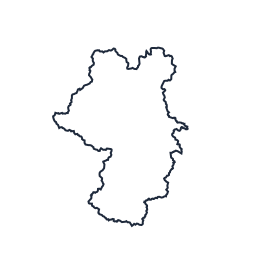 Dinh Lap, Lạng Sơn, Vietnam (Mercator projection), rotated 134°
{"feature_id": "81297802B72919536287172", "entity_name": "Dinh Lap", "entity_type": "district", "adm_level": 2, "iso_a3": "VNM", "parent_name": "Vietnam", "parent_adm1": "Lạng Sơn", "projection": "mercator", "projection_center": [107.136, 21.534], "detail": "fine", "context": "isolated", "style": "outline", "palette": "slate", "viewbox_px": 256, "rotation_deg": 134, "n_neighbors": 0, "source": "geoboundaries", "source_scale": "gbopen_adm2", "svg_char_len": 5800}
<svg xmlns="http://www.w3.org/2000/svg" viewBox="0 0 256 256"><g transform="rotate(134 128 128)"><path d="M171.6,190.0L172.4,189.0L173.5,187.0L174.1,185.1L173.7,184.0L173.9,183.4L174.6,182.6L174.4,180.4L175.8,177.5L174.8,177.3L173.4,176.2L173.3,175.8L173.5,175.0L173.0,174.4L172.8,172.8L173.1,171.5L172.7,170.7L171.7,169.2L170.1,168.9L169.8,168.2L169.9,166.7L169.3,166.7L168.8,165.6L167.8,164.9L169.0,163.1L169.1,161.5L167.4,160.3L167.8,159.0L167.3,158.2L167.6,157.2L166.6,155.7L166.7,155.0L167.4,153.7L167.9,153.3L167.8,152.0L167.1,150.6L168.9,148.9L169.4,147.1L167.7,144.4L166.7,143.4L166.0,142.0L166.0,140.3L165.8,139.6L166.7,138.2L165.8,136.1L165.0,135.0L165.1,133.4L164.1,132.4L162.8,133.1L161.3,133.3L160.9,130.7L159.7,129.6L159.2,128.7L158.0,128.7L157.7,129.0L157.4,128.9L155.0,125.6L154.9,124.9L155.9,123.9L158.0,123.1L158.9,121.3L160.8,120.6L162.3,121.4L163.4,121.2L164.8,120.2L165.7,121.1L166.6,121.2L169.4,122.5L169.6,122.3L170.5,119.7L173.5,117.3L176.0,116.9L178.6,117.5L180.0,117.2L181.0,116.4L182.2,115.0L182.1,111.8L183.1,110.9L184.2,110.5L184.4,109.2L185.2,107.5L185.3,106.6L187.0,105.9L188.4,105.8L191.2,104.9L191.6,106.5L192.6,107.3L193.8,106.3L194.7,105.9L195.5,105.9L196.5,106.5L197.4,106.6L197.7,107.8L198.3,108.3L199.4,107.9L201.1,108.1L201.9,108.0L201.7,107.3L202.7,107.0L203.0,106.4L204.2,105.5L208.3,105.4L209.3,103.9L209.2,103.3L207.5,101.4L208.3,100.7L208.9,99.5L208.3,98.3L208.7,97.6L208.4,95.9L208.1,95.5L207.1,95.0L206.6,92.3L209.3,90.7L209.7,90.1L209.5,89.7L209.9,88.8L208.7,86.3L208.9,84.9L208.3,83.7L208.4,81.8L208.1,81.2L208.6,80.0L208.4,79.5L207.4,78.9L207.8,77.7L206.7,77.5L205.8,76.6L204.0,75.8L203.5,74.9L204.8,73.8L204.6,72.8L203.2,71.7L203.1,70.9L202.4,70.8L201.7,71.2L201.1,71.1L200.3,69.6L199.9,67.0L197.1,64.7L196.2,64.5L196.1,62.8L195.3,62.1L194.7,61.0L195.7,57.2L194.4,57.0L192.7,57.0L192.4,55.5L190.7,55.3L190.0,54.3L189.7,52.6L188.4,50.9L187.3,50.7L186.6,50.8L185.4,52.1L183.7,52.9L183.8,54.1L183.5,54.6L181.9,54.6L181.4,54.0L180.8,53.9L180.1,54.3L179.4,54.3L178.8,55.1L177.8,55.0L175.6,55.7L175.0,57.2L174.5,57.4L173.5,57.4L172.4,58.7L172.1,59.7L171.2,59.8L170.5,60.5L170.4,62.7L169.9,63.9L170.2,64.7L169.5,65.1L168.8,64.4L167.4,64.7L166.3,63.8L165.1,64.1L164.4,64.0L164.2,63.7L164.6,62.8L164.2,62.2L163.4,61.6L162.7,61.8L161.5,61.1L161.5,60.5L161.1,60.1L159.1,59.7L158.2,58.3L157.2,58.7L156.6,58.5L155.7,57.6L154.8,55.6L153.5,54.7L152.7,54.6L151.0,53.8L150.7,53.2L149.4,54.1L148.2,54.0L145.9,55.1L145.9,57.2L145.7,57.7L144.9,57.6L143.4,57.9L142.2,59.6L139.4,61.2L140.0,63.3L139.8,64.5L140.0,65.2L139.3,66.9L138.5,67.0L137.3,66.4L135.2,66.8L134.7,66.2L133.3,65.9L132.0,67.2L130.8,67.0L129.9,67.7L127.2,68.1L126.7,67.7L125.7,67.7L124.7,69.5L123.2,69.7L121.8,70.3L121.6,71.2L120.1,70.7L119.7,71.4L120.0,73.2L119.3,73.8L119.0,74.3L119.3,76.4L116.3,80.2L115.2,79.1L114.2,79.1L113.6,78.5L112.7,78.6L111.9,78.0L111.1,77.9L110.2,76.2L109.2,71.9L107.6,73.0L106.7,74.5L105.9,74.7L106.0,76.4L105.6,77.9L104.2,78.9L104.0,79.6L105.2,80.8L105.4,81.3L104.2,81.8L102.6,82.8L102.5,84.0L102.9,85.1L103.4,85.8L102.2,87.4L102.8,89.8L102.4,91.4L101.7,92.0L101.1,92.1L100.1,91.8L99.5,92.3L98.6,92.5L98.1,93.4L96.7,93.4L96.3,93.0L95.0,92.4L94.9,90.3L94.4,89.1L94.1,88.9L92.4,89.1L91.2,90.0L90.1,90.1L89.5,89.2L89.9,88.4L89.0,87.3L88.7,86.5L88.9,85.8L88.0,84.7L87.2,84.5L86.9,84.9L86.8,85.7L85.8,86.3L86.8,88.5L86.6,89.5L85.8,90.3L86.6,91.0L86.4,91.9L87.2,92.6L87.2,93.4L88.6,95.3L89.6,95.9L89.8,96.6L89.2,97.5L89.5,98.6L89.0,99.4L88.6,100.6L88.0,100.7L88.0,101.4L88.8,102.2L89.7,102.5L91.5,106.3L90.7,107.1L91.0,107.9L90.7,108.8L89.5,109.4L88.3,109.4L88.4,111.2L86.5,115.0L85.9,114.7L84.5,116.2L84.3,116.6L84.4,117.4L83.1,118.9L83.1,119.8L83.3,120.7L83.0,121.9L80.4,122.8L79.4,124.6L79.3,125.7L78.4,127.4L75.2,127.3L74.9,127.5L74.7,128.8L75.9,129.9L75.9,131.7L75.4,132.3L74.1,133.0L69.0,134.6L68.2,134.1L66.4,132.3L65.2,132.4L64.7,130.9L63.1,130.8L62.7,130.9L60.2,133.2L59.5,133.5L57.8,133.2L55.7,133.3L54.9,132.9L54.6,133.5L54.6,134.1L53.1,135.7L50.5,136.5L51.3,139.9L51.3,141.1L48.9,143.3L47.8,143.9L47.1,144.0L46.1,146.2L46.3,147.3L47.2,147.8L47.1,148.8L47.3,149.3L49.6,150.5L50.4,151.0L50.7,151.6L49.2,154.7L47.3,155.6L46.9,157.7L47.0,158.5L48.9,161.7L49.7,162.5L50.6,162.7L52.0,164.5L53.9,166.4L54.8,166.7L55.7,166.4L57.1,164.5L58.5,163.6L59.1,162.6L59.9,163.1L60.4,164.1L60.3,165.8L59.9,167.0L59.8,168.2L60.7,167.8L61.8,166.6L63.5,165.5L63.9,164.8L65.3,164.8L66.0,165.3L65.9,165.8L66.7,166.8L66.9,168.0L67.3,168.4L68.4,169.1L70.3,168.4L73.8,164.3L75.6,163.7L76.3,163.9L77.5,163.0L78.9,163.1L79.7,162.8L81.1,164.5L81.6,166.5L82.8,166.9L85.3,168.8L85.8,169.7L85.4,170.4L84.6,170.8L83.4,171.0L81.2,172.7L81.1,173.3L81.5,174.7L80.5,176.2L79.5,177.2L79.6,178.8L80.4,181.0L80.3,182.3L81.3,183.4L82.1,186.0L82.1,186.5L81.4,187.6L81.4,190.3L81.0,191.1L80.3,191.6L80.2,192.6L80.9,193.6L83.0,193.7L84.2,194.1L85.2,195.8L87.2,196.2L89.0,197.9L90.7,198.1L90.7,199.6L92.4,201.3L92.2,202.9L93.0,203.3L93.2,203.9L95.2,205.2L96.1,205.3L98.0,204.9L98.8,204.4L99.7,204.5L100.5,204.0L102.2,203.7L102.4,203.4L102.4,201.5L103.6,200.6L104.4,199.6L104.9,197.7L106.3,196.7L108.6,197.2L109.9,197.0L110.7,197.6L111.7,197.5L112.1,196.5L113.2,195.8L113.0,194.9L113.7,194.3L116.1,193.5L117.1,192.7L117.3,189.6L117.8,188.6L117.9,187.4L119.7,186.2L120.9,186.8L122.7,186.5L123.5,186.9L125.1,187.4L126.9,188.5L128.2,189.0L130.8,188.3L133.9,188.9L133.4,190.1L135.1,190.8L135.9,190.3L138.7,189.3L139.6,189.9L140.9,190.3L142.4,191.2L143.5,191.0L145.6,189.0L147.6,188.2L147.7,187.6L148.6,186.6L150.7,186.7L151.1,185.5L151.4,185.4L153.2,185.9L154.7,185.4L155.8,184.1L156.6,182.6L158.5,182.2L159.1,181.7L160.0,182.7L161.2,183.0L162.4,184.6L163.0,184.9L162.9,185.9L165.7,187.4L165.7,188.5L166.6,189.0L167.5,190.8L169.5,189.7L170.4,189.7L171.6,190.0Z" fill="none" stroke="#1e293b" stroke-width="2"/></g></svg>